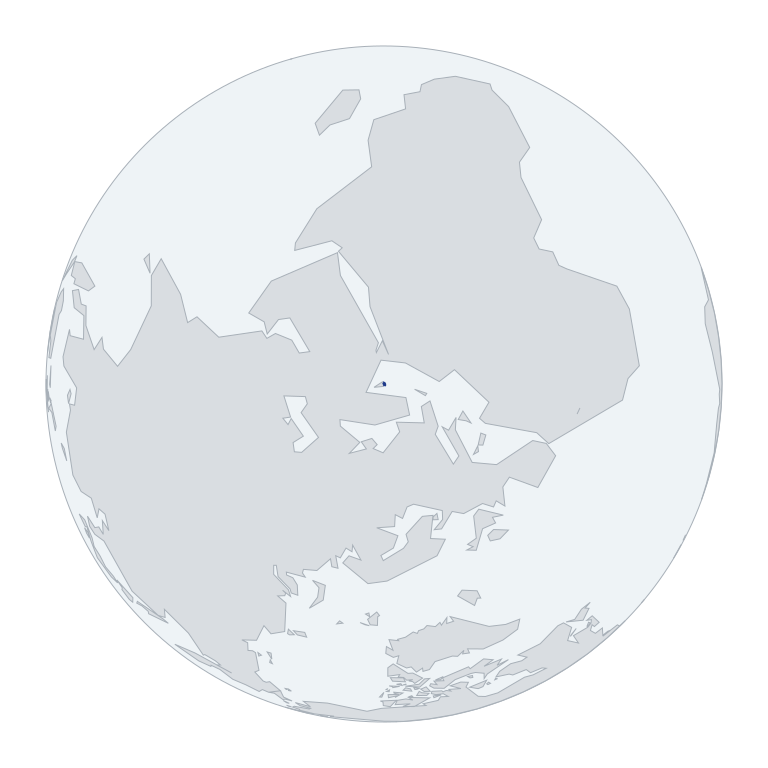 globe centered on Paphos, rotated 187°
{"feature_id": "CYP-3465", "entity_name": "Paphos", "entity_type": "District", "adm_level": 1, "iso_a3": "CYP", "parent_name": "Cyprus", "parent_adm1": "", "projection": "orthographic", "projection_center": [32.601, 34.919], "detail": "fine", "context": "on_globe", "style": "filled", "palette": "blue", "viewbox_px": 768, "rotation_deg": 187, "n_neighbors": 0, "source": "natural_earth", "source_scale": "10m", "svg_char_len": 11008}
<svg xmlns="http://www.w3.org/2000/svg" viewBox="0 0 768 768"><g transform="rotate(187 384 384)"><circle cx="384" cy="384" r="338" fill="#eef3f6" stroke="#a8b0b8"/><path d="M323.7,51.5L342.9,49.3L383.2,47.8L397.0,47.2L393.1,48.2L420.2,48.1L442.8,51.2L416.5,48.1L413.2,48.2L428.2,50.0L428.1,50.7L435.3,52.2L433.8,53.2L418.6,52.3L417.3,53.2L428.0,54.5L433.2,57.0L417.7,54.7L425.3,59.2L401.2,60.4L361.0,57.1L346.8,61.8L303.1,70.0L306.2,71.4L291.6,76.6L289.8,80.4L282.2,81.7L287.4,83.8L294.7,82.0L299.3,82.5L299.0,84.8L289.2,86.5L288.0,85.6L284.9,87.4L280.2,87.4L282.3,88.8L270.5,91.1L281.5,92.5L271.5,97.5L263.9,98.2L265.7,93.2L252.5,85.5L245.3,86.2L233.4,91.3L208.8,110.1L200.5,113.5L188.4,121.6L192.5,121.5L203.4,115.3L208.0,117.9L220.7,110.9L224.5,111.3L237.2,106.9L234.1,113.0L224.2,121.8L213.5,126.1L208.8,130.3L218.1,131.3L197.3,145.2L182.0,165.2L176.7,168.8L168.1,165.3L170.5,151.7L159.4,150.6L165.3,157.3L152.1,167.4L149.4,172.0L149.4,175.4L153.9,174.2L149.1,179.3L141.4,173.7L145.6,168.9L148.1,170.4L149.1,164.5L143.8,162.3L137.5,168.5L136.2,161.3L131.7,165.9L128.9,167.4L136.1,160.3L123.0,173.4L120.5,172.5L115.8,178.4L131.7,159.2L148.9,141.2L167.5,124.6L187.2,109.3L207.9,95.6L229.6,83.4L252.2,72.8L275.5,64.0L299.3,56.9L323.7,51.5ZM54.8,307.8L53.0,317.6L52.4,319.6L47.9,356.0L48.9,384.1L49.1,400.6L48.4,405.5L50.0,414.7L50.1,419.6L62.0,455.7L72.5,483.0L75.1,499.7L72.2,507.1L83.4,538.3L83.3,538.2L73.3,516.8L64.7,494.7L57.8,472.0L52.4,449.0L48.6,425.6L46.6,402.0L46.1,378.3L47.4,354.6L50.3,331.1L54.8,307.8ZM101.9,198.0L101.5,198.6L100.8,199.7L101.9,198.0ZM331.2,50.2L330.6,50.3L330.4,50.4L331.2,50.2ZM407.0,47.2L399.0,46.8L406.8,47.1L407.0,47.2ZM436.5,52.3L438.8,52.4L441.6,53.3L436.5,52.3ZM238.0,103.9L237.5,105.3L235.4,105.4L238.0,103.9ZM243.9,100.8L241.8,99.9L244.3,98.3L245.5,98.9L243.9,100.8ZM441.8,55.8L445.5,57.6L439.1,55.5L441.8,55.8ZM246.0,102.5L248.9,95.7L253.4,93.1L262.0,93.5L246.0,102.5ZM445.9,58.5L455.1,63.7L461.0,64.0L449.4,66.9L445.5,61.0L436.6,58.2L443.7,59.2L445.9,58.5ZM297.1,80.4L289.4,82.4L296.2,78.7L297.1,80.4ZM300.4,78.0L314.7,67.5L326.0,66.3L318.9,69.8L333.8,67.1L332.3,71.6L323.8,74.1L316.8,73.8L321.5,75.9L300.4,78.0ZM441.5,68.1L441.4,69.5L438.5,67.9L441.5,68.1ZM301.7,82.4L303.6,80.1L313.6,78.8L311.6,83.2L309.0,82.2L301.7,82.4ZM338.5,64.5L345.5,64.7L346.2,68.2L349.0,68.9L333.2,71.6L338.5,64.5ZM306.6,83.7L310.3,85.6L305.3,88.5L300.6,84.6L306.6,83.7ZM317.0,76.8L321.6,76.5L318.4,78.0L317.0,76.8ZM289.6,100.8L291.6,97.5L296.9,96.5L289.6,100.8ZM312.1,86.1L313.8,85.1L316.1,84.5L317.5,86.4L312.1,86.1ZM334.8,74.2L333.6,75.9L341.3,73.2L342.1,76.2L331.4,77.7L336.4,78.4L336.7,79.3L327.6,79.6L334.8,74.2ZM325.9,86.6L312.6,90.3L307.7,96.3L302.8,97.3L311.6,87.5L325.9,86.6ZM327.7,82.4L325.5,85.1L320.5,84.6L319.0,82.5L327.7,82.4ZM346.5,77.9L348.0,72.9L350.3,72.8L346.5,77.9ZM325.5,88.3L328.7,87.5L325.7,88.8L325.5,88.3ZM341.2,81.1L341.4,79.2L344.0,79.1L341.2,81.1ZM335.0,87.5L330.7,88.6L329.4,87.0L335.0,87.5ZM338.6,84.6L342.1,85.0L331.6,85.8L338.3,83.7L338.6,84.6ZM343.6,81.3L345.2,80.7L343.1,82.2L343.6,81.3ZM341.9,93.3L329.0,94.7L326.4,91.0L339.3,90.1L341.9,93.3ZM149.6,488.3L132.8,433.2L142.5,419.1L145.3,397.1L213.2,344.9L226.5,354.3L278.6,357.3L285.0,361.6L277.6,378.7L315.8,406.8L329.5,393.2L365.3,407.5L389.9,407.3L400.8,373.5L360.6,373.2L354.8,356.3L388.0,342.2L423.4,343.3L422.2,336.9L400.9,323.1L410.0,310.9L393.6,317.4L399.5,323.9L389.4,328.5L383.4,323.0L386.9,318.6L376.5,315.6L362.6,338.4L367.1,347.6L339.3,350.3L344.2,366.2L336.3,372.8L325.1,348.7L327.0,340.3L305.4,312.9L300.9,321.7L321.0,348.6L314.3,346.0L308.4,359.6L307.6,347.2L286.9,316.9L262.4,317.7L229.5,346.0L215.7,344.8L204.9,333.7L218.7,300.0L248.2,306.8L253.5,296.3L249.1,277.6L258.4,281.7L260.3,275.3L271.6,277.4L289.1,265.1L300.8,265.8L309.2,247.2L316.4,245.5L309.3,256.7L310.7,265.5L340.0,268.3L346.1,264.8L349.2,252.8L356.9,255.7L356.1,243.8L373.7,240.4L351.7,235.1L354.7,222.3L366.2,213.4L363.2,208.6L344.6,223.3L340.7,230.3L343.8,237.5L329.8,257.3L319.4,259.6L319.0,236.3L304.2,237.4L310.4,220.0L356.9,188.8L375.6,183.9L403.1,201.4L397.8,209.2L385.4,206.4L395.5,220.3L395.3,213.6L401.7,216.5L406.2,206.1L411.0,207.7L407.2,195.5L413.5,196.3L415.8,204.0L427.9,190.7L441.4,190.2L441.9,186.5L438.6,182.7L458.0,185.4L457.4,182.6L450.9,180.6L445.6,174.0L443.8,163.8L450.6,165.3L452.2,169.1L465.7,180.0L468.8,190.9L471.4,190.6L470.3,181.6L453.8,168.1L450.8,161.7L459.5,166.9L456.1,164.5L456.7,161.8L463.7,160.7L454.6,154.6L452.4,126.2L465.7,122.3L473.7,129.5L479.3,114.1L493.9,112.7L487.8,110.6L486.5,103.0L481.9,103.2L478.8,101.7L473.2,84.6L477.1,82.4L467.8,74.5L464.6,73.6L461.2,74.6L449.4,66.9L461.0,64.0L467.5,65.9L470.4,63.6L484.8,68.7L498.1,72.5L512.1,80.7L521.4,83.8L521.4,82.6L534.1,86.6L559.9,100.2L538.8,94.0L500.0,78.6L515.8,84.8L512.1,85.2L517.8,88.8L528.9,93.6L530.3,92.9L547.8,113.0L574.5,133.6L572.8,125.6L579.9,126.8L608.8,147.7L642.8,194.0L652.7,199.6L658.8,206.9L662.2,216.7L653.5,206.2L649.7,207.4L644.3,200.5L646.9,214.1L639.2,204.9L645.0,220.8L651.7,225.4L652.3,216.2L660.6,235.0L671.5,240.4L681.7,255.7L693.4,297.5L692.0,319.8L693.7,325.9L688.5,325.2L688.6,342.7L703.9,362.8L705.9,371.9L702.8,399.9L701.4,393.7L687.7,391.8L690.2,415.3L700.8,422.0L704.6,438.7L698.7,440.6L694.2,426.4L689.2,425.2L687.0,405.7L675.9,382.8L669.6,395.9L666.7,384.4L650.6,369.1L639.6,387.3L624.5,433.2L628.1,463.3L620.4,481.2L596.8,448.2L586.4,421.0L577.8,427.9L553.7,410.3L511.7,421.8L505.8,415.0L497.9,420.9L480.9,416.3L471.9,404.4L461.6,407.1L485.5,438.1L496.6,435.1L506.0,419.4L510.5,431.1L526.9,438.0L508.4,472.4L446.2,508.7L440.5,486.4L394.6,424.3L396.1,416.6L395.9,415.8L395.4,414.3L390.9,426.7L383.1,413.9L407.3,459.1L411.2,478.2L445.4,510.2L442.1,514.1L453.2,519.8L488.9,505.7L489.1,513.2L472.0,549.8L422.7,598.1L429.5,624.0L426.3,645.1L396.1,659.7L399.4,673.6L383.9,678.5L383.3,685.7L371.2,692.7L350.7,698.1L315.3,694.7L312.6,688.9L294.1,674.5L268.2,636.5L276.6,620.7L273.2,605.7L247.6,566.3L253.2,547.2L246.5,536.9L232.6,535.7L224.9,523.1L216.5,520.5L164.8,509.5L149.6,488.3ZM188.7,377.7L186.6,384.1L188.7,377.7ZM460.5,361.9L481.9,360.0L472.7,339.8L480.2,337.7L474.3,332.0L471.9,338.4L457.7,322.4L467.1,314.8L464.7,305.8L457.4,306.1L442.5,323.0L462.8,345.5L457.7,355.0L460.5,361.9ZM52.9,318.1L52.0,323.6L52.4,320.3L52.9,318.1ZM68.2,265.1L66.3,271.1L67.2,267.3L68.2,265.1ZM75.5,246.1L69.6,260.8L70.8,257.2L75.5,246.1ZM99.3,201.9L99.8,201.2L101.9,198.0L99.3,201.9ZM152.5,167.7L153.0,168.3L151.9,172.5L150.2,172.0L152.5,167.7ZM160.6,184.5L152.7,192.5L157.1,186.1L153.2,186.3L157.6,173.8L174.3,170.0L166.0,173.6L160.6,184.5ZM168.1,157.2L163.4,164.8L167.9,156.7L168.1,157.2ZM259.4,241.2L262.6,246.4L257.5,252.9L242.7,254.2L250.0,244.5L259.4,241.2ZM268.5,252.4L272.2,230.2L281.6,229.3L275.7,233.4L281.5,235.0L273.6,242.2L278.9,263.9L274.7,271.3L249.6,268.4L260.1,264.9L256.3,259.7L268.5,252.4ZM265.3,182.8L267.1,175.2L285.1,182.6L281.4,188.9L266.4,190.1L261.9,183.3L265.3,182.8ZM260.6,105.4L260.1,103.5L262.8,102.8L265.4,103.9L260.6,105.4ZM290.1,99.4L265.6,113.6L263.8,111.9L251.6,123.3L242.1,123.6L250.3,116.0L233.9,125.3L237.5,118.6L226.9,125.6L246.1,108.8L248.7,103.8L249.4,109.1L258.1,108.8L262.6,107.2L277.4,99.2L287.2,89.3L297.3,88.2L301.9,90.0L301.1,92.2L294.8,92.1L298.2,95.2L288.4,96.8L290.1,99.4ZM349.6,123.7L342.6,120.8L347.9,130.9L338.2,131.0L339.4,132.2L331.8,135.3L324.8,141.4L320.5,140.5L319.6,143.4L314.6,145.8L311.9,149.5L303.4,149.5L299.4,154.2L297.6,151.6L293.1,159.9L292.6,153.9L286.0,157.0L290.0,161.2L250.2,156.2L233.9,160.2L220.6,167.2L221.5,156.9L234.7,144.4L253.2,133.1L268.8,131.3L266.4,127.5L273.1,125.7L272.2,129.4L277.7,122.7L283.0,122.3L299.5,114.7L304.1,106.1L310.3,103.5L311.1,106.7L316.7,102.0L322.5,106.5L327.0,104.9L337.2,108.2L336.2,116.1L341.4,113.8L349.4,116.8L349.6,123.7ZM344.6,94.4L345.6,102.8L340.8,107.3L325.0,99.7L320.1,100.6L309.8,96.8L317.0,90.6L319.3,92.1L323.2,92.3L319.4,94.1L325.4,92.8L328.7,95.1L334.2,94.8L333.0,97.5L344.6,94.4ZM292.9,355.9L298.0,357.5L306.0,357.8L302.4,366.8L292.9,355.9ZM278.4,335.4L283.1,335.0L281.9,347.1L276.7,345.8L278.4,335.4ZM286.6,325.0L283.4,334.1L282.0,328.4L286.6,325.0ZM313.7,256.0L318.8,255.2L319.0,258.1L315.7,262.0L313.7,256.0ZM363.4,156.8L360.2,153.6L361.9,152.3L361.1,143.6L368.3,143.3L371.6,148.4L363.4,156.8ZM393.5,379.5L385.8,386.0L382.3,382.9L385.7,381.2L393.5,379.5ZM341.5,377.5L353.0,382.5L340.4,379.9L341.5,377.5ZM371.1,154.9L369.9,151.3L374.3,153.4L371.1,154.9ZM373.5,142.7L378.7,144.3L369.1,142.3L373.5,142.7ZM514.8,695.6L516.3,694.9L516.7,694.8L514.8,695.6ZM484.1,634.4L460.7,670.7L444.7,672.9L441.9,664.2L450.6,643.2L469.2,634.5L478.4,623.1L484.1,634.4ZM715.9,447.3L708.4,468.9L704.4,474.0L706.2,467.3L712.6,454.6L715.9,447.3ZM705.8,467.8L698.7,467.4L682.9,445.9L688.7,440.4L704.0,445.7L703.2,450.9L707.6,453.6L705.8,467.8ZM719.9,411.5L719.0,425.1L715.6,436.1L713.6,439.6L712.4,427.6L713.1,417.6L715.0,413.4L717.9,368.9L719.8,369.4L719.9,386.2L721.2,391.8L719.9,411.5ZM629.7,465.4L637.5,478.7L632.8,484.6L629.7,465.4ZM715.8,342.9L716.8,361.8L714.8,339.6L715.8,342.9ZM712.6,324.3L714.2,329.8L712.4,327.0L712.6,324.3ZM696.8,334.2L695.0,340.3L693.4,336.2L694.7,326.1L696.8,334.2ZM689.5,269.0L695.4,281.1L697.2,286.1L693.5,281.0L689.5,269.0ZM430.8,152.3L423.9,164.3L423.7,173.9L431.0,180.4L417.7,177.0L418.0,162.1L430.8,152.3ZM449.0,129.0L442.5,124.2L447.2,123.5L449.3,124.5L449.0,129.0ZM443.8,128.1L432.4,127.8L429.9,123.3L439.4,124.4L443.8,128.1ZM401.7,140.1L399.2,143.5L395.7,141.6L401.7,140.1ZM720.1,418.6L720.8,410.5L721.5,392.6L721.7,383.5L721.8,374.1L721.8,377.1L721.6,391.0L721.7,396.4L721.8,392.0L720.1,418.6ZM719.9,347.7L718.7,342.9L719.2,351.6L716.6,327.7L718.5,336.2L719.9,347.7ZM716.4,330.0L717.1,338.0L715.3,325.1L716.4,330.0ZM716.3,335.8L714.6,329.3L715.0,326.6L716.3,335.8ZM716.4,327.9L713.5,315.2L715.1,320.4L716.4,327.9ZM710.2,315.3L713.8,319.0L711.9,324.1L704.3,302.1L704.5,297.3L710.2,315.3ZM663.7,204.9L659.4,200.1L657.5,195.1L661.0,199.7L663.7,204.9ZM647.3,176.6L655.6,192.3L661.5,206.1L663.1,206.0L670.7,217.9L664.5,212.7L655.1,195.9L651.9,187.4L644.7,178.5L638.1,168.6L629.1,160.2L624.1,154.1L631.2,159.4L647.3,176.6ZM625.3,157.0L607.2,141.3L606.8,136.8L610.6,139.2L619.1,148.1L618.9,149.8L625.3,157.0ZM602.7,136.4L602.3,138.2L574.8,124.0L568.9,120.2L589.6,127.3L590.3,129.6L597.1,134.2L602.7,136.4ZM445.0,69.8L441.7,69.6L443.8,68.8L445.0,69.8ZM476.4,102.1L472.6,99.9L475.1,98.7L476.4,102.1ZM463.5,93.6L463.3,96.4L460.7,92.8L463.5,93.6ZM463.3,103.1L461.8,97.2L467.3,103.8L463.3,103.1Z" fill="#d9dde1" stroke="#a8b0b8" stroke-width="1"/><path d="M384.2,385.5L383.9,385.3L383.7,385.3L383.4,385.2L383.1,385.0L383.1,384.8L383.0,384.7L382.9,384.4L382.7,384.3L382.7,384.2L382.6,383.8L382.6,383.6L382.5,383.3L382.4,383.2L382.5,382.9L382.6,383.0L382.8,383.2L382.9,383.3L383.1,383.3L383.3,383.2L383.5,382.9L383.6,382.7L383.8,382.5L384.0,382.7L384.0,382.8L384.1,383.1L384.1,383.3L384.3,383.6L384.4,383.8L384.3,384.0L384.5,384.1L384.8,384.1L384.9,384.3L384.7,384.6L384.5,384.8L384.5,385.0L384.4,385.1L384.2,385.3L384.2,385.5Z" fill="#3b82f6" stroke="#1e3a8a" stroke-width="1.5"/></g></svg>